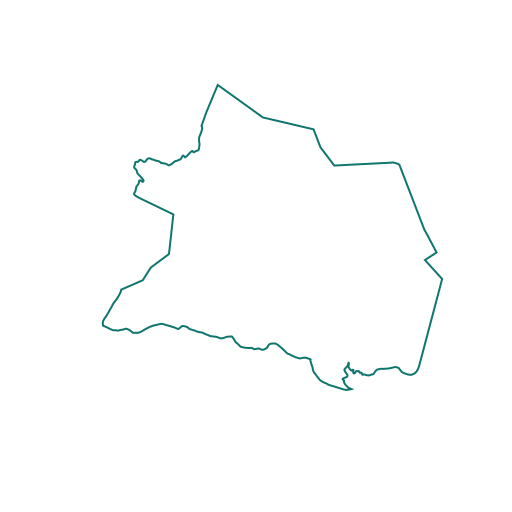 San Antonio de Oriente, Francisco Morazán, Honduras (Robinson projection), rotated 336°
{"feature_id": "27666195B20875858813448", "entity_name": "San Antonio de Oriente", "entity_type": "district", "adm_level": 2, "iso_a3": "HND", "parent_name": "Honduras", "parent_adm1": "Francisco Morazán", "projection": "robinson", "projection_center": [-87.024, 14.037], "detail": "fine", "context": "isolated", "style": "outline", "palette": "teal", "viewbox_px": 512, "rotation_deg": 336, "n_neighbors": 0, "source": "geoboundaries", "source_scale": "gbopen_adm2", "svg_char_len": 6100}
<svg xmlns="http://www.w3.org/2000/svg" viewBox="0 0 512 512"><g transform="rotate(336 256 256)"><path d="M423.0,229.4L419.6,226.5L418.7,226.1L417.7,225.8L364.3,205.2L359.1,182.9L360.1,163.7L318.7,132.3L290.6,84.2L269.3,104.3L259.1,115.0L259.2,115.8L259.1,116.5L259.0,117.0L258.5,118.0L257.7,119.0L255.8,121.1L254.6,122.3L253.2,123.6L252.3,124.6L251.9,125.3L251.1,127.0L250.6,128.4L250.1,130.2L249.8,131.0L249.4,131.8L248.6,133.1L247.7,134.5L247.0,135.3L246.3,135.9L243.1,135.7L242.6,135.8L242.1,136.0L241.6,136.0L241.3,135.9L240.9,135.2L240.7,134.9L240.7,134.4L240.5,134.1L240.2,134.1L239.1,134.3L237.2,135.0L233.4,136.6L231.7,137.1L231.3,136.9L231.0,136.0L230.7,135.2L230.4,134.8L230.3,134.6L230.1,134.6L229.6,134.8L229.1,135.0L227.5,136.3L226.6,136.8L226.2,136.9L225.8,137.0L224.6,136.8L222.8,136.9L222.4,136.9L221.6,136.6L220.8,136.5L219.5,136.8L217.8,137.3L216.6,137.6L214.7,137.8L213.5,137.8L213.1,137.6L212.8,137.3L212.0,136.1L210.4,134.5L207.2,132.5L207.0,132.2L206.9,131.6L206.6,131.2L206.0,130.3L205.5,129.7L204.9,129.2L203.8,128.5L203.2,128.1L201.7,126.5L200.0,125.2L199.1,123.9L198.4,123.4L197.8,123.2L197.4,123.1L196.4,123.1L195.6,123.4L194.7,124.1L194.0,124.4L193.2,124.7L192.7,124.7L192.0,124.5L191.6,124.1L191.3,123.7L190.8,122.8L190.3,122.0L189.7,121.3L189.2,121.0L188.8,120.9L188.2,121.1L187.8,121.3L187.3,121.8L186.8,121.9L186.3,121.9L186.1,121.9L185.3,121.4L184.7,121.2L184.2,121.2L183.7,121.5L183.4,121.9L183.0,122.6L182.7,123.2L182.3,123.6L181.6,124.1L181.2,124.6L180.9,125.2L180.7,125.8L180.8,126.2L181.3,127.4L181.8,129.3L181.8,129.6L181.5,130.5L181.4,131.6L181.3,132.3L182.7,136.2L183.6,139.1L184.0,140.8L184.0,141.1L183.9,141.5L183.7,141.8L183.4,142.0L183.0,142.2L182.8,142.2L182.3,141.7L181.7,140.9L181.6,140.7L181.5,140.2L181.2,139.9L180.9,139.7L180.5,139.7L180.2,139.7L179.9,139.8L179.3,140.4L178.6,141.6L178.3,142.0L178.1,142.3L177.5,142.6L174.9,144.0L174.1,145.1L173.1,146.6L172.0,147.9L171.5,148.3L170.6,148.8L170.2,149.1L170.0,149.5L169.9,149.8L169.8,150.2L169.9,150.6L170.2,151.4L170.6,152.1L171.2,153.1L172.0,154.2L172.4,154.8L197.4,184.4L177.3,218.8L155.4,223.7L142.6,232.1L119.2,231.9L118.4,233.0L117.4,234.1L116.0,235.3L114.5,236.5L112.9,237.5L111.6,238.5L106.1,241.5L103.2,243.9L101.6,245.0L97.9,247.8L94.7,250.0L92.0,251.6L90.8,252.5L89.8,253.4L89.0,254.4L88.8,254.8L87.9,257.3L90.7,260.4L93.4,263.8L94.4,264.8L95.3,265.6L95.9,266.0L97.5,266.7L98.3,267.2L99.1,267.8L99.7,268.1L101.8,268.4L104.9,269.2L107.0,269.4L107.9,269.7L108.3,270.0L109.0,270.7L110.1,272.0L111.3,274.0L111.7,274.7L112.0,275.6L112.3,276.0L112.9,276.4L114.5,277.0L116.2,277.9L116.8,278.1L117.6,278.3L118.6,278.4L119.9,278.4L121.4,278.3L124.6,277.9L127.2,277.7L130.3,277.6L132.5,277.7L133.8,277.8L141.0,279.2L141.9,279.5L142.7,279.9L144.1,281.0L152.3,288.0L152.8,288.5L154.3,290.2L155.2,291.0L155.6,291.1L156.8,290.9L157.6,290.6L158.9,290.2L159.6,290.0L160.4,290.1L161.2,290.4L162.8,291.6L164.3,293.0L164.7,293.6L164.9,294.4L165.0,294.8L165.9,295.9L170.2,299.7L171.5,301.1L172.2,301.7L173.8,302.9L175.1,303.6L175.9,304.3L177.0,305.4L178.0,306.8L180.0,308.7L181.5,310.4L182.3,311.0L186.9,313.7L187.3,314.0L188.4,315.2L190.1,316.8L190.8,317.2L191.9,317.5L194.5,317.8L197.0,318.1L200.1,319.2L200.7,319.5L201.1,319.7L201.3,319.9L201.4,320.2L201.7,321.5L202.0,323.2L202.4,326.6L202.6,327.1L203.1,327.7L203.8,329.4L204.6,331.6L205.1,332.6L205.6,333.1L208.3,335.1L210.6,336.4L212.3,337.3L213.8,337.8L214.5,338.1L215.1,338.6L215.5,339.1L216.0,340.0L216.6,340.4L217.4,340.7L220.8,341.5L221.4,342.1L222.2,343.0L222.9,343.7L223.7,344.2L224.4,344.5L224.9,344.6L225.5,344.7L226.9,344.5L228.1,344.5L228.5,344.4L229.1,344.1L230.6,343.0L231.6,342.4L232.1,342.2L232.7,342.1L233.5,342.1L235.0,342.5L237.0,343.3L238.1,343.9L238.4,344.1L239.0,345.0L239.7,345.9L240.0,346.3L240.5,347.6L241.5,349.4L243.3,353.6L244.4,356.5L245.0,357.8L245.9,358.8L246.5,359.2L248.1,361.4L249.1,362.5L250.9,364.5L254.1,367.2L254.6,367.5L255.4,367.7L257.1,368.0L258.3,368.4L259.5,368.8L260.1,369.2L261.0,369.9L263.7,372.5L263.8,372.7L263.7,372.8L263.3,373.3L263.1,373.9L262.6,377.1L262.5,378.7L262.4,380.4L262.2,381.4L261.9,382.3L261.7,383.0L261.6,383.9L261.6,384.8L261.7,385.8L262.6,389.9L262.9,391.5L264.0,395.3L264.3,395.9L264.7,396.6L265.4,397.7L266.4,399.0L269.0,401.7L269.4,402.3L269.5,402.8L282.0,413.7L283.9,415.0L285.2,415.5L286.3,415.7L288.4,416.3L289.1,416.4L288.0,415.1L287.2,414.5L286.8,414.0L286.4,413.0L286.2,411.9L285.8,411.2L285.5,410.6L285.2,409.2L285.1,407.9L285.0,407.1L285.1,406.7L285.5,406.5L285.6,406.2L285.8,405.6L285.7,405.4L285.4,405.0L285.1,404.4L285.0,404.1L285.0,403.8L285.1,403.7L285.3,403.5L285.9,403.3L287.6,403.3L288.9,403.5L290.1,403.3L290.7,402.9L291.0,402.5L291.1,401.6L290.4,398.2L290.4,396.6L290.4,396.1L290.6,395.8L290.8,395.5L291.2,395.2L293.2,394.5L294.3,393.9L295.1,393.5L296.1,392.4L296.9,391.4L297.1,391.2L297.2,391.3L297.2,391.6L296.9,392.4L296.5,393.1L295.6,394.3L295.5,394.9L295.5,396.0L295.6,397.3L295.7,397.6L296.1,398.6L296.6,399.6L296.9,399.7L297.4,399.4L297.7,399.3L298.2,399.4L298.6,399.7L298.5,400.0L298.3,400.6L298.1,401.0L297.6,401.7L297.4,402.1L297.4,402.7L297.5,402.9L297.7,403.0L298.2,403.2L298.8,403.1L299.8,402.6L300.4,402.1L300.7,402.0L301.6,402.3L302.8,402.9L303.1,403.1L303.2,403.4L303.3,403.7L303.1,404.0L303.2,404.5L303.4,404.8L303.7,405.1L304.4,405.3L304.9,405.7L304.8,406.5L304.8,407.2L304.9,407.5L305.1,407.8L305.4,408.0L306.0,407.9L306.5,408.1L307.2,408.6L308.4,409.7L309.3,410.3L310.3,410.9L311.2,411.2L313.5,411.2L314.3,411.6L314.8,411.6L315.3,411.6L315.7,411.4L318.1,409.9L319.1,409.4L319.8,409.2L320.6,409.1L322.9,409.5L323.8,409.7L324.8,410.1L325.8,410.7L327.1,411.1L328.6,411.7L330.8,412.5L333.0,413.1L337.4,413.9L338.1,414.1L338.7,414.4L339.1,414.8L340.2,415.7L340.7,416.3L341.0,417.2L341.8,420.5L342.0,421.2L342.5,421.9L343.6,423.2L345.2,424.8L346.2,425.7L347.2,426.4L348.1,427.0L349.0,427.5L349.7,427.7L350.4,427.8L352.9,427.8L353.4,427.7L354.2,427.4L355.6,426.9L356.5,426.2L357.5,425.6L359.9,423.3L416.7,352.7L408.7,328.4L422.4,326.2L420.9,304.4L420.5,300.4L424.1,231.0L423.6,230.2L423.0,229.4Z" fill="none" stroke="#0f766e" stroke-width="2"/></g></svg>